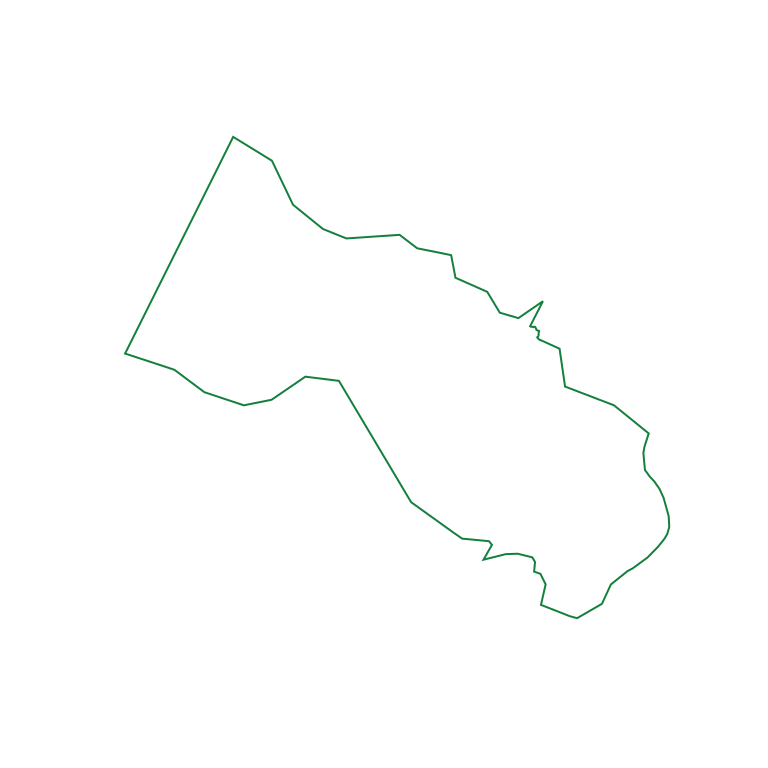 outline of Camden, New Jersey, United States of America, rotated 163°
{"feature_id": "52423323B11695261421482", "entity_name": "Camden", "entity_type": "district", "adm_level": 2, "iso_a3": "USA", "parent_name": "United States of America", "parent_adm1": "New Jersey", "projection": "robinson", "projection_center": [-75.037, 39.802], "detail": "fine", "context": "isolated", "style": "outline", "palette": "green", "viewbox_px": 768, "rotation_deg": 163, "n_neighbors": 0, "source": "geoboundaries", "source_scale": "gbopen_adm2", "svg_char_len": 1258}
<svg xmlns="http://www.w3.org/2000/svg" viewBox="0 0 768 768"><g transform="rotate(163 384 384)"><path d="M145.3,259.3L170.3,296.4L211.6,328.6L205.8,366.4L221.2,380.0L221.7,380.1L221.8,380.5L222.9,381.5L223.3,382.6L223.6,382.8L223.3,383.8L223.5,384.0L222.9,384.2L222.0,385.2L221.7,386.3L221.0,388.0L220.4,388.7L220.3,389.5L222.2,390.8L222.5,391.4L222.3,391.9L222.7,394.2L222.9,394.6L224.2,394.9L224.5,394.7L225.1,395.2L226.1,395.6L227.0,396.0L227.4,396.5L207.8,416.7L236.2,407.7L252.4,418.3L258.3,441.9L284.6,464.7L282.1,487.6L312.6,504.1L325.5,522.1L377.4,534.2L397.0,550.0L418.6,582.0L425.9,630.3L456.0,664.4L477.4,641.8L547.3,568.2L622.7,488.8L580.3,458.9L558.2,428.7L524.3,404.6L496.1,401.8L457.1,414.0L426.2,400.2L392.6,263.0L361.2,221.8L354.5,213.3L329.6,203.0L327.8,198.6L340.2,186.9L317.3,185.7L305.8,182.6L292.9,174.9L291.6,169.6L295.3,160.7L289.9,156.7L288.0,145.1L298.5,126.9L274.3,107.7L267.8,103.6L239.8,110.1L225.6,126.0L206.0,133.8L205.6,133.9L200.0,135.0L183.7,140.7L183.0,140.9L169.9,148.0L164.4,151.7L160.8,154.2L157.0,157.7L153.0,163.9L152.4,166.3L150.4,174.4L149.9,193.5L150.2,195.6L151.2,203.1L153.7,210.9L153.8,211.3L157.0,218.0L159.6,225.5L156.1,242.3L153.1,248.1L145.3,259.3Z" fill="none" stroke="#15803d" stroke-width="2"/></g></svg>